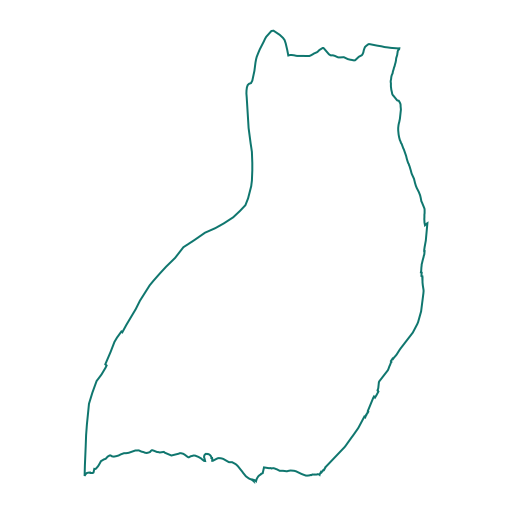 outline of Salamina, Magdalena, Colombia
{"feature_id": "7082276B98588202039257", "entity_name": "Salamina", "entity_type": "district", "adm_level": 2, "iso_a3": "COL", "parent_name": "Colombia", "parent_adm1": "Magdalena", "projection": "equal_earth", "projection_center": [-74.703, 10.525], "detail": "fine", "context": "isolated", "style": "outline", "palette": "teal", "viewbox_px": 512, "rotation_deg": 0, "n_neighbors": 0, "source": "geoboundaries", "source_scale": "gbopen_adm2", "svg_char_len": 5863}
<svg xmlns="http://www.w3.org/2000/svg" viewBox="0 0 512 512"><path d="M84.6,475.9L85.4,474.5L86.2,473.5L86.9,473.0L88.6,472.6L90.1,472.5L90.3,473.0L92.7,473.0L93.5,472.5L94.3,468.9L94.9,469.1L95.9,468.7L98.0,466.3L98.9,464.9L100.3,462.4L100.9,461.2L103.9,459.4L105.7,458.8L106.3,458.1L107.7,456.6L109.4,455.6L110.0,455.4L110.4,455.4L110.7,455.5L111.9,456.3L113.4,456.6L114.0,456.6L116.5,456.1L118.6,455.5L120.7,454.4L124.0,453.2L126.1,453.2L128.7,452.8L135.3,450.5L138.8,450.4L141.4,451.6L143.6,452.1L144.9,452.7L146.7,453.0L148.7,452.5L150.0,452.0L150.9,450.9L151.7,450.3L152.2,450.2L153.8,450.7L157.0,452.0L158.4,452.1L159.8,452.5L163.8,451.9L164.8,452.7L171.4,455.5L178.7,453.7L179.8,453.2L180.9,453.2L183.0,453.7L184.6,454.6L187.5,456.8L188.4,457.3L189.1,457.2L190.6,456.3L192.7,455.8L193.4,455.5L193.7,455.5L195.1,455.6L198.4,456.9L201.2,458.5L202.0,459.3L204.1,460.9L205.1,461.0L204.5,458.4L204.1,457.4L204.1,456.5L204.3,455.6L204.7,454.8L205.7,453.9L206.5,453.9L207.2,454.1L207.8,453.9L208.5,454.2L208.9,454.3L209.9,455.0L210.8,456.0L211.2,456.8L211.4,457.3L211.4,458.0L212.1,458.0L212.3,459.1L212.2,459.8L212.2,460.8L212.8,460.8L217.0,458.6L218.3,458.1L219.0,458.1L221.0,458.3L222.6,458.7L223.4,459.0L228.8,462.1L229.7,462.2L232.1,462.2L235.1,463.8L236.3,464.6L238.0,466.3L240.6,469.6L242.4,471.8L242.8,472.5L245.9,476.3L247.8,477.7L249.3,478.7L251.1,479.4L252.5,480.2L253.4,481.0L253.0,479.7L255.0,480.3L255.0,480.5L256.0,480.9L255.9,481.2L256.0,481.3L256.7,479.0L257.4,477.7L258.3,476.3L259.5,475.2L260.2,474.8L260.8,474.4L260.8,474.2L261.2,473.8L262.7,473.2L264.0,467.4L269.0,468.2L270.7,468.1L271.4,468.5L271.9,468.3L273.6,468.2L274.7,468.5L275.9,469.0L276.8,469.3L279.7,470.8L283.0,470.8L286.9,471.3L288.3,470.9L290.5,470.5L294.2,470.8L296.0,471.3L301.4,473.9L303.7,474.8L305.4,475.4L305.9,475.6L307.7,475.6L308.5,475.5L309.9,475.3L310.4,475.0L311.5,475.1L312.3,474.5L314.3,474.6L314.5,474.5L315.0,474.6L316.2,474.5L316.9,474.5L317.6,474.2L318.5,474.4L318.9,474.3L319.3,474.4L319.6,474.7L319.7,474.3L321.0,471.9L321.5,472.4L322.1,471.5L322.5,471.3L322.8,470.8L322.7,470.7L322.8,470.5L323.1,470.3L323.6,469.8L324.0,470.0L325.4,467.5L325.3,467.3L326.1,466.5L328.7,463.8L330.2,462.2L344.6,447.1L345.4,446.1L351.6,437.4L352.9,435.7L357.6,429.0L358.4,427.8L364.3,416.7L365.2,417.4L365.8,415.9L365.6,415.7L366.1,414.9L366.3,415.1L366.5,414.8L366.3,414.6L367.4,412.9L367.7,412.2L367.9,412.4L368.3,411.7L367.8,411.0L368.7,408.9L373.3,397.7L374.0,396.5L375.0,397.6L376.4,395.3L378.4,391.6L377.7,390.8L377.9,390.5L377.6,390.1L378.1,388.9L378.3,387.9L378.9,382.2L379.3,381.3L387.9,370.2L388.5,368.8L389.4,366.3L390.1,364.8L390.9,362.6L391.2,362.0L391.4,361.9L391.3,361.6L390.9,361.1L392.6,358.6L393.0,359.0L394.1,357.5L395.7,355.7L396.6,354.6L399.7,349.7L400.7,348.3L412.8,332.6L417.3,324.0L418.1,322.1L421.1,311.4L423.4,293.3L423.6,291.0L423.5,289.7L422.8,285.3L422.5,282.3L422.5,279.6L422.4,279.6L422.3,277.4L422.5,277.4L422.4,276.3L421.8,276.2L421.4,276.0L421.5,274.7L421.7,272.6L420.9,272.4L421.2,270.6L421.4,267.3L421.6,265.8L421.6,265.6L421.7,264.3L422.0,263.2L422.7,260.2L422.8,259.8L423.6,256.9L423.8,255.8L423.9,255.6L424.3,254.3L424.6,251.1L424.2,251.1L424.2,250.0L424.6,247.2L425.8,240.6L427.4,223.2L426.6,223.7L425.0,225.2L424.5,222.7L424.4,220.7L424.3,219.0L424.4,217.3L424.4,214.7L424.6,213.1L424.6,209.9L424.5,208.8L424.3,208.2L421.9,202.3L421.4,201.4L421.1,199.9L420.7,197.8L420.1,195.3L418.9,192.2L417.8,190.0L416.8,188.1L415.9,185.9L414.9,182.6L414.6,181.2L414.5,180.9L414.0,178.8L411.8,174.0L411.4,172.8L410.9,170.8L409.5,166.1L409.0,165.0L408.9,164.3L408.2,163.1L407.5,161.1L406.8,158.8L406.1,155.9L403.8,149.3L403.3,148.4L401.8,144.3L401.6,143.8L400.9,142.8L400.6,141.6L399.9,140.2L399.2,137.6L398.9,136.1L398.6,134.4L398.2,130.4L398.2,128.9L398.2,127.9L398.5,125.2L398.9,123.2L399.2,122.2L399.9,118.8L400.8,110.5L400.9,109.7L400.8,108.4L400.6,106.3L400.6,105.6L400.5,104.2L400.0,102.9L399.3,101.6L398.8,100.8L398.7,100.7L397.8,100.6L397.1,100.3L394.2,96.7L393.4,95.7L392.9,95.3L392.2,93.9L391.9,92.2L391.3,89.7L390.9,86.4L390.9,83.1L390.7,82.2L390.7,81.0L391.0,79.5L391.1,78.9L391.3,77.0L391.7,75.3L392.6,73.3L392.9,71.5L393.3,70.2L393.5,69.7L394.1,67.3L394.5,66.5L395.0,64.4L395.6,62.3L395.8,61.2L396.0,60.3L396.1,58.9L396.3,57.8L397.0,55.6L397.3,54.4L397.4,53.1L397.6,52.5L397.6,51.7L397.8,51.2L398.0,50.5L398.4,50.0L399.1,49.3L399.2,49.0L399.3,48.3L398.1,48.4L391.1,47.9L386.8,47.3L385.6,47.2L384.3,47.0L382.7,46.6L381.4,46.3L377.0,45.6L369.5,44.1L369.1,44.1L368.4,44.2L366.3,45.8L365.1,46.9L364.9,47.2L364.3,48.7L363.8,50.2L363.3,52.5L362.5,54.3L362.0,55.0L361.7,55.3L359.3,56.5L358.7,56.9L355.2,60.2L354.8,60.3L354.1,60.4L353.4,60.3L351.6,59.9L350.2,59.7L347.8,59.1L344.1,57.3L343.6,57.2L340.4,57.4L338.5,57.4L337.7,57.2L334.9,55.9L333.2,55.4L332.5,55.3L330.9,55.4L329.9,54.9L329.1,54.4L328.7,54.0L323.8,48.3L323.4,48.0L323.1,48.0L322.6,48.0L322.0,48.4L319.4,50.0L317.7,51.7L317.0,52.2L313.8,53.6L313.1,54.1L311.2,55.2L309.4,56.0L308.1,56.0L297.0,55.9L296.2,55.8L294.1,55.3L291.6,55.0L290.1,55.0L288.3,55.5L287.2,49.8L285.7,43.4L284.6,40.1L283.0,37.9L279.8,34.9L273.5,30.7L271.4,31.0L266.2,36.8L265.0,38.9L263.8,41.5L259.8,49.3L258.2,53.1L256.7,56.9L256.1,59.2L255.5,62.4L254.4,70.9L252.3,80.7L251.0,83.1L249.0,83.8L247.7,85.1L246.9,87.4L246.5,90.5L246.4,93.5L246.7,97.2L248.6,128.0L250.6,143.2L251.2,147.1L251.9,151.9L252.3,163.0L252.3,170.4L251.9,180.6L251.2,186.2L248.1,198.3L245.4,205.2L240.1,210.8L233.2,217.3L223.8,223.4L215.4,228.1L205.0,232.7L194.2,240.2L183.4,247.2L175.1,257.9L166.1,266.7L160.1,273.2L153.5,280.7L149.7,285.3L140.0,300.6L135.8,309.0L126.4,324.8L122.3,332.3L121.4,331.5L117.0,337.6L114.5,341.8L110.6,351.9L105.3,364.3L106.6,365.5L105.6,367.6L101.5,374.5L96.6,381.0L92.4,392.6L89.0,403.7L86.9,424.5L86.1,435.1L85.7,446.2L84.9,465.2L84.7,472.4L84.6,475.9Z" fill="none" stroke="#0f766e" stroke-width="2"/></svg>